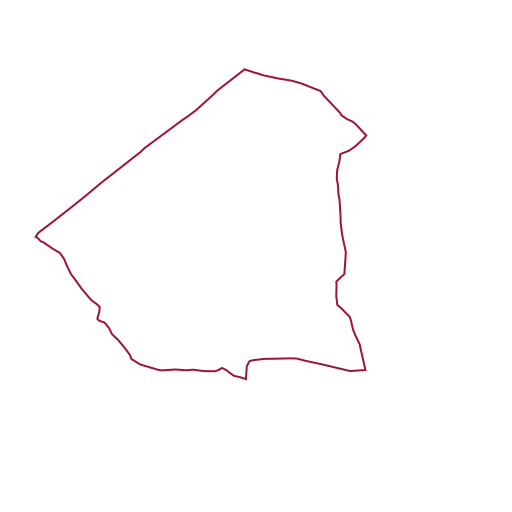 the district of Al-Daur, Sala ad-Din, Iraq, rotated 140°
{"feature_id": "34846034B11462984737824", "entity_name": "Al-Daur", "entity_type": "district", "adm_level": 2, "iso_a3": "IRQ", "parent_name": "Iraq", "parent_adm1": "Sala ad-Din", "projection": "equal_earth", "projection_center": [44.202, 34.56], "detail": "fine", "context": "isolated", "style": "outline", "palette": "rose", "viewbox_px": 512, "rotation_deg": 140, "n_neighbors": 0, "source": "geoboundaries", "source_scale": "gbopen_adm2", "svg_char_len": 1789}
<svg xmlns="http://www.w3.org/2000/svg" viewBox="0 0 512 512"><g transform="rotate(140 256 256)"><path d="M342.8,168.2L340.9,170.2L333.9,177.5L328.6,179.6L324.9,177.9L315.7,171.8L306.2,164.1L296.1,156.0L290.9,151.5L286.2,145.0L285.6,144.1L274.9,130.3L263.6,115.1L258.0,107.5L246.4,99.0L245.4,98.4L235.4,117.9L233.4,121.5L230.9,131.5L228.9,137.4L226.4,142.4L224.7,145.4L223.4,149.0L223.4,150.3L223.9,155.3L224.2,160.6L225.2,166.2L220.4,173.5L212.9,182.1L210.9,184.8L205.7,185.1L199.9,185.4L190.2,195.4L184.9,201.0L183.2,204.0L178.7,212.6L175.9,217.6L169.7,227.2L165.9,231.8L161.2,238.1L155.9,245.4L152.9,250.7L147.9,257.3L144.4,263.3L142.1,265.9L138.6,269.6L130.9,275.2L125.9,279.9L120.1,277.9L117.1,276.9L110.1,276.2L104.1,276.5L97.1,276.9L94.1,277.5L94.4,283.5L94.9,293.1L95.6,296.8L98.3,302.4L100.1,309.0L99.6,311.4L101.0,334.9L100.5,340.9L106.5,351.8L110.0,358.5L116.0,367.4L125.2,378.1L135.0,390.7L137.5,395.0L139.2,397.3L144.7,406.3L179.2,407.6L188.8,406.9L208.5,406.3L215.5,406.6L226.5,407.6L249.1,408.9L272.3,410.3L277.3,409.9L327.9,411.6L348.2,411.6L371.2,412.2L392.2,412.9L405.0,413.6L408.5,413.6L412.6,412.1L411.6,410.4L411.6,407.9L411.3,405.4L410.1,403.3L409.4,400.7L408.1,396.1L407.2,392.7L405.6,388.1L404.3,384.7L404.9,377.2L407.5,368.8L408.7,363.7L409.4,360.8L409.7,354.5L410.6,343.1L410.6,335.1L410.6,328.4L409.0,321.7L408.4,317.5L412.2,313.7L415.0,312.0L417.9,309.9L417.9,307.8L416.6,305.3L415.0,302.8L414.7,300.2L415.0,295.2L416.6,288.5L415.6,280.5L415.6,276.3L415.6,271.2L416.2,261.2L417.7,256.8L416.8,254.8L416.2,252.7L414.4,247.3L404.1,231.7L401.9,229.1L390.6,220.8L383.1,213.5L377.1,209.2L372.9,204.6L368.4,199.9L365.9,197.9L361.4,194.0L358.9,193.0L353.9,192.0L352.1,187.7L350.1,178.7L345.9,173.1L342.8,168.2Z" fill="none" stroke="#9f1239" stroke-width="2"/></g></svg>